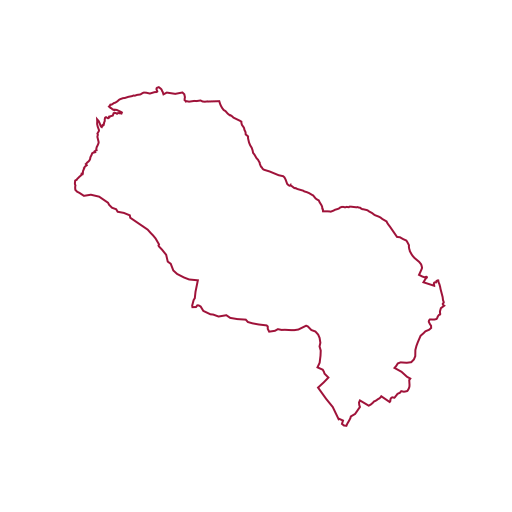 Teliu, Brasov, Romania, rotated 196°
{"feature_id": "2599482B6146472281310", "entity_name": "Teliu", "entity_type": "district", "adm_level": 2, "iso_a3": "ROU", "parent_name": "Romania", "parent_adm1": "Brasov", "projection": "albers", "projection_center": [25.905, 45.691], "detail": "fine", "context": "isolated", "style": "outline", "palette": "rose", "viewbox_px": 512, "rotation_deg": 196, "n_neighbors": 0, "source": "geoboundaries", "source_scale": "gbopen_adm2", "svg_char_len": 6048}
<svg xmlns="http://www.w3.org/2000/svg" viewBox="0 0 512 512"><g transform="rotate(196 256 256)"><path d="M396.0,391.5L397.5,390.4L397.8,389.8L397.7,389.1L397.5,388.6L396.3,387.2L396.2,386.9L396.4,386.6L397.0,386.1L398.6,385.6L402.8,382.9L406.6,382.7L408.8,382.2L409.9,381.4L411.2,379.9L411.9,379.3L414.7,378.1L416.7,376.7L418.0,376.5L419.1,375.6L422.6,373.8L425.7,371.7L427.3,371.1L429.8,369.3L430.7,368.4L431.8,366.6L432.8,365.4L433.8,364.4L434.7,363.9L436.5,361.7L437.7,361.4L437.8,361.2L437.8,360.6L438.5,359.1L437.2,358.6L436.7,358.2L436.4,358.3L435.4,358.0L434.4,357.4L433.6,357.3L433.0,357.6L432.6,357.1L432.3,357.0L431.3,357.9L430.0,358.0L425.6,357.3L424.5,357.0L424.6,356.0L425.2,356.2L425.7,355.7L428.0,355.4L428.6,354.9L428.7,354.5L429.1,354.4L429.6,354.7L430.6,354.7L432.2,354.1L432.4,351.5L435.6,349.5L435.2,348.8L435.6,348.2L436.2,347.6L438.4,348.1L438.9,347.7L439.2,347.1L439.1,346.3L439.0,345.3L438.6,344.1L438.8,342.2L438.5,341.1L439.4,339.8L438.8,339.5L439.0,339.2L439.6,339.1L439.8,338.5L439.7,338.0L439.8,337.4L440.5,337.6L441.2,338.2L442.7,340.3L444.4,342.3L446.4,343.6L445.8,341.9L445.1,339.1L443.8,336.7L441.6,333.7L441.5,332.6L442.2,330.0L441.4,328.9L441.4,327.3L441.2,326.6L438.6,322.0L438.5,320.8L438.8,318.3L439.1,317.1L439.1,315.7L439.0,314.9L438.4,313.7L439.2,313.2L439.6,312.6L440.0,312.1L439.3,311.4L441.0,310.4L441.8,309.6L441.9,307.9L442.4,305.3L442.2,303.4L442.5,301.9L443.0,300.8L444.1,299.2L444.6,297.9L444.9,297.5L443.7,296.6L444.8,295.2L445.3,294.2L445.3,293.1L445.6,292.9L445.4,292.3L445.7,289.9L445.2,287.5L445.2,286.7L445.5,286.5L446.3,286.8L446.3,285.5L446.4,285.3L447.8,283.2L448.2,282.3L449.0,281.1L449.4,279.7L450.3,279.1L450.6,278.6L450.2,276.3L449.9,275.3L449.0,274.0L449.0,273.3L448.6,271.6L447.9,269.8L445.7,268.5L443.1,268.0L438.0,266.4L431.6,269.4L423.1,269.8L412.9,266.4L411.3,264.7L407.7,262.7L403.3,262.4L401.2,260.4L394.9,261.0L388.5,260.3L387.4,258.1L367.4,251.5L363.6,249.1L360.6,247.4L357.4,245.2L352.4,240.4L352.6,239.2L352.0,238.5L348.1,236.2L342.7,232.4L339.3,226.3L335.8,225.0L331.5,219.3L326.9,217.0L319.3,215.5L313.8,215.0L305.2,216.6L304.3,205.0L303.2,198.6L303.8,196.5L303.7,190.8L303.0,189.3L299.6,190.4L298.8,192.4L297.5,192.7L295.3,192.2L291.5,188.7L283.8,187.4L281.0,187.9L275.3,187.5L268.2,190.9L263.7,189.4L256.6,190.2L248.3,192.0L245.6,190.3L240.9,190.3L234.7,190.9L226.7,192.2L225.3,191.5L224.6,189.2L222.5,186.9L217.2,189.3L214.8,191.7L211.0,192.0L208.0,193.0L201.9,194.4L198.5,195.4L195.0,197.0L188.6,202.8L186.8,202.6L182.4,200.1L178.1,199.8L174.6,197.6L172.3,194.8L170.2,190.3L170.0,186.6L167.7,182.9L166.5,177.9L165.4,170.9L166.2,165.9L160.5,165.1L158.8,163.4L157.7,161.8L152.9,159.1L156.1,153.1L160.1,146.6L149.2,138.0L140.6,132.0L131.6,121.9L131.2,122.4L127.0,121.8L127.1,118.3L124.8,117.3L122.3,117.7L122.0,120.1L121.2,123.1L120.6,126.0L120.6,127.9L117.2,131.5L114.5,139.5L115.7,141.3L116.6,143.6L116.3,145.8L106.4,143.2L104.7,144.9L103.3,147.0L102.4,148.8L101.3,149.6L100.2,150.8L99.6,151.7L98.2,153.1L97.3,154.5L96.9,155.7L87.3,152.5L86.9,153.5L87.2,155.0L87.2,156.1L86.8,156.9L86.1,157.7L83.9,157.9L83.5,158.6L83.1,159.8L82.5,160.9L82.4,161.7L81.3,163.2L80.2,163.9L79.7,164.7L79.4,165.7L79.1,166.1L78.6,166.2L76.9,166.2L75.9,166.5L73.5,167.8L73.1,168.5L72.8,169.9L72.6,170.6L72.5,172.6L72.9,174.4L74.5,178.9L73.9,180.7L77.5,181.5L84.2,184.8L92.0,186.6L90.9,189.0L90.1,191.8L87.7,193.6L81.7,194.9L77.5,196.7L75.7,200.1L75.3,203.6L76.9,209.6L77.0,213.8L76.7,217.7L75.8,224.7L73.7,227.9L72.4,230.3L69.3,232.8L67.8,235.1L68.5,237.2L70.0,238.4L71.8,240.4L71.9,241.7L71.4,242.9L67.0,244.1L65.1,245.2L64.7,246.4L64.6,247.9L64.2,249.1L63.8,249.9L63.1,250.3L62.9,251.0L63.5,252.2L63.9,253.5L63.9,256.8L61.4,260.1L62.5,260.5L63.2,261.2L63.3,261.7L62.7,262.9L62.8,263.4L64.1,265.2L65.3,268.0L69.5,275.1L70.5,277.1L71.9,279.4L73.3,281.1L74.1,282.8L74.5,282.7L75.6,281.8L75.6,281.0L75.7,280.2L76.7,280.0L77.1,279.8L77.3,279.4L77.5,279.0L77.4,278.5L77.3,278.0L76.7,277.1L76.5,276.5L87.8,276.9L86.8,280.6L86.2,281.9L85.8,282.4L85.9,282.8L86.5,283.0L86.8,282.9L88.0,282.0L90.4,282.1L94.1,282.8L93.4,287.3L93.1,289.8L93.2,290.6L94.4,292.7L95.1,293.6L97.5,295.3L103.1,297.8L105.3,299.2L106.8,300.4L109.5,303.1L109.9,304.0L110.4,304.6L111.1,305.9L111.6,307.0L111.8,308.1L112.1,308.7L114.7,311.4L115.8,312.3L119.3,312.8L122.8,313.7L125.7,313.2L135.3,321.1L137.6,322.8L139.3,324.3L140.0,325.2L144.8,326.4L146.9,327.3L149.0,327.7L152.6,328.0L153.6,328.2L156.3,329.3L159.6,330.0L161.2,330.6L162.1,330.7L166.0,330.5L166.6,330.3L168.0,330.5L168.9,331.1L170.8,330.9L171.9,331.0L172.8,330.5L178.3,329.6L179.7,329.2L180.2,328.5L180.5,328.4L182.4,328.2L183.8,327.3L185.4,327.3L186.9,326.9L188.5,325.8L189.2,324.7L190.3,323.8L192.8,322.2L194.0,321.0L196.4,319.2L198.2,319.0L203.9,317.4L204.1,317.8L204.4,318.9L204.7,319.5L205.3,319.7L205.5,320.4L206.1,321.7L207.1,322.9L209.2,324.8L209.5,325.0L210.3,326.0L211.1,326.8L212.4,327.0L214.5,327.7L217.8,330.0L218.6,330.1L222.4,331.1L224.9,331.4L227.4,331.4L228.7,331.8L234.9,331.8L236.4,332.2L237.0,332.1L237.1,331.9L238.0,331.9L240.8,333.0L242.2,333.4L242.3,333.6L242.5,333.1L243.0,332.8L244.2,333.0L245.9,333.9L248.6,337.6L250.3,339.4L251.9,340.2L256.5,339.9L266.2,341.0L271.8,341.1L272.9,341.3L274.0,341.9L274.8,342.8L275.8,343.2L277.8,345.7L278.2,346.8L279.1,347.5L280.5,349.0L282.5,350.2L285.5,353.1L287.2,354.3L288.4,356.6L290.0,358.9L292.1,360.8L294.0,363.2L296.0,366.8L296.3,367.5L296.5,368.5L297.0,369.0L299.4,370.0L300.1,371.9L300.7,372.8L301.6,373.7L302.2,374.6L302.6,375.5L303.2,376.2L305.7,378.2L306.7,379.9L307.1,381.1L308.9,381.6L315.8,382.8L317.5,383.7L318.9,384.2L319.5,384.3L319.6,384.0L319.9,384.0L322.5,385.1L325.3,386.9L327.3,387.4L329.4,389.0L331.2,390.8L332.5,392.4L334.0,394.7L344.9,391.2L345.1,391.3L347.7,390.2L349.9,389.8L352.2,390.2L355.7,388.6L358.2,388.0L362.9,385.9L365.3,385.7L365.9,385.2L366.2,385.6L367.5,386.0L367.9,387.2L368.1,389.1L369.5,391.7L371.8,392.9L378.3,389.6L386.8,388.5L389.5,385.9L391.0,388.1L391.7,388.7L392.7,390.0L393.7,390.6L396.0,391.5Z" fill="none" stroke="#9f1239" stroke-width="2"/></g></svg>